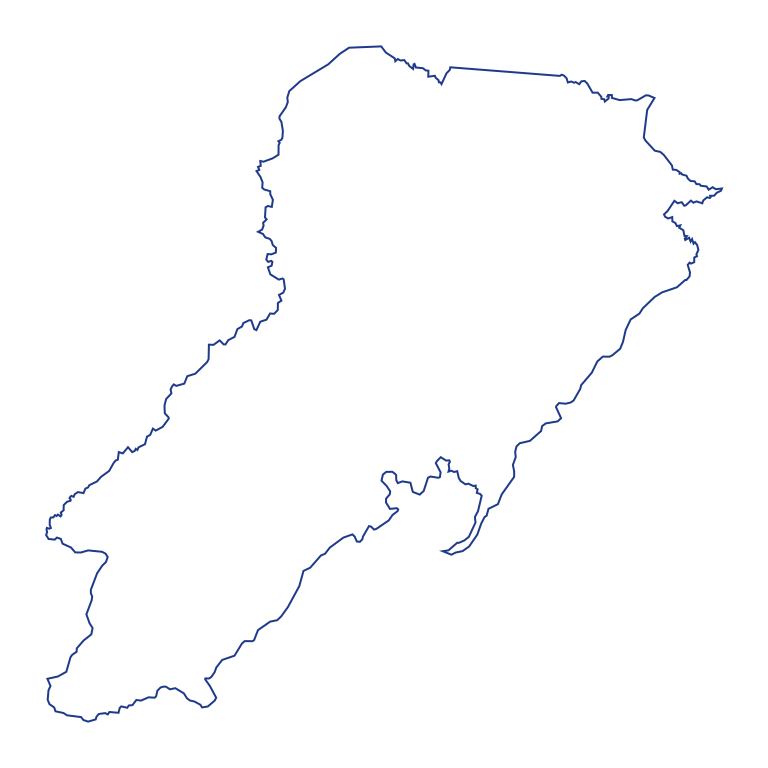 Norosi, Bolívar, Colombia
{"feature_id": "7082276B10852217630154", "entity_name": "Norosi", "entity_type": "district", "adm_level": 2, "iso_a3": "COL", "parent_name": "Colombia", "parent_adm1": "Bolívar", "projection": "natural_earth1", "projection_center": [-74.124, 8.493], "detail": "fine", "context": "isolated", "style": "outline", "palette": "blue", "viewbox_px": 768, "rotation_deg": 0, "n_neighbors": 0, "source": "geoboundaries", "source_scale": "gbopen_adm2", "svg_char_len": 5994}
<svg xmlns="http://www.w3.org/2000/svg" viewBox="0 0 768 768"><path d="M47.4,678.8L50.5,686.0L48.5,690.3L47.7,699.8L49.5,704.2L54.2,707.4L55.5,711.3L63.5,713.0L67.0,715.3L81.1,717.1L83.4,720.0L88.1,721.6L95.7,719.4L96.5,716.7L98.8,714.0L105.1,713.1L107.8,714.4L109.4,712.0L118.5,712.8L119.7,708.0L121.3,706.4L127.2,707.8L128.8,705.5L132.5,705.1L136.3,700.0L141.0,700.6L148.6,697.3L154.6,697.7L156.1,696.3L157.4,690.7L160.7,687.4L163.7,686.6L166.0,686.7L169.9,689.3L175.3,688.2L183.8,693.3L187.0,698.3L189.9,700.5L194.4,701.5L200.3,704.7L202.1,707.4L207.8,706.5L214.7,700.6L216.2,697.7L209.9,686.0L205.2,679.4L205.4,678.4L209.0,678.5L211.3,677.0L214.6,672.2L216.3,667.5L222.2,659.9L234.5,655.7L241.9,643.6L244.7,641.1L252.5,641.2L254.1,640.1L258.0,630.1L270.2,621.6L277.2,620.2L281.2,616.4L287.9,607.1L299.3,586.1L303.5,570.9L310.2,567.7L321.0,555.4L325.0,553.8L329.8,547.6L343.4,537.6L352.4,534.4L354.7,536.6L356.8,541.5L359.9,541.8L362.4,539.2L363.0,536.5L369.0,526.1L371.0,526.6L374.1,529.6L376.3,528.9L388.8,520.4L392.5,515.0L397.6,511.1L398.2,509.4L396.9,508.2L390.0,508.9L386.0,502.5L386.1,498.6L389.8,494.3L390.2,491.4L386.6,485.9L381.5,480.7L382.9,474.6L386.2,471.9L392.3,471.8L395.0,473.8L396.1,475.0L396.3,480.2L397.8,483.1L402.3,481.4L410.4,482.7L412.8,491.9L419.7,494.6L423.7,491.0L428.0,477.7L430.5,476.5L438.3,477.8L439.9,477.1L440.6,472.3L435.8,463.1L437.1,460.9L440.8,457.2L446.1,460.6L449.3,460.3L449.9,461.7L448.6,464.4L449.3,468.6L448.5,471.6L451.4,470.7L454.0,472.0L457.2,471.2L458.8,478.0L460.6,481.0L465.4,484.3L468.5,483.7L473.2,486.0L475.7,485.6L475.7,488.1L477.6,489.3L476.8,492.9L480.0,493.9L481.7,495.7L478.0,511.2L474.9,517.0L475.5,522.5L468.9,536.8L464.4,540.4L458.8,542.9L457.3,542.7L448.5,550.3L442.8,551.2L451.4,554.7L455.8,552.5L462.6,551.1L469.1,546.5L477.3,534.6L481.3,523.4L484.6,517.0L486.6,515.7L488.5,508.8L497.9,504.2L501.7,494.4L514.1,476.9L514.2,471.5L512.9,464.9L515.7,457.2L515.2,451.7L516.5,446.4L519.8,443.2L529.9,440.9L541.1,431.0L542.1,426.1L545.8,423.4L557.6,421.4L561.1,418.2L556.0,407.1L556.4,406.0L559.0,403.1L565.7,403.7L570.7,402.5L573.6,400.5L580.2,389.0L581.2,385.1L591.8,372.7L597.3,361.5L602.8,356.6L609.5,356.7L612.3,355.3L620.2,348.7L623.0,341.8L625.7,329.9L630.7,319.4L639.4,313.6L642.9,308.2L654.6,297.0L662.2,292.3L676.9,287.3L685.2,280.0L686.5,280.0L689.6,276.3L690.0,272.4L687.7,264.9L689.6,262.6L691.0,263.6L694.2,262.2L694.3,257.5L697.0,256.2L696.4,254.3L698.4,249.9L697.2,245.1L695.0,242.2L693.6,243.7L692.1,239.1L690.6,241.6L689.1,237.7L685.3,240.0L684.8,238.6L686.8,236.1L684.4,235.8L683.4,230.3L679.2,227.7L680.3,225.4L676.9,226.1L675.4,223.0L672.4,221.4L672.2,217.1L668.1,218.5L665.1,216.7L664.0,214.4L667.5,211.1L674.4,200.8L677.6,203.2L681.7,202.2L684.2,205.7L685.7,205.4L690.9,200.6L693.5,202.7L696.4,201.4L702.3,203.3L703.2,200.5L707.1,197.3L709.7,198.0L710.7,197.0L710.2,195.8L714.1,195.7L716.7,192.8L721.0,190.7L721.9,188.5L715.6,189.2L712.7,187.2L708.7,189.7L706.7,186.5L700.7,185.7L699.5,184.2L696.4,184.1L694.6,181.3L690.6,181.0L687.9,178.6L686.5,175.7L682.1,174.5L681.2,173.2L679.6,173.7L679.5,172.0L676.2,169.9L672.8,169.6L671.9,165.4L663.8,154.9L660.3,151.9L654.8,150.7L645.3,140.4L643.8,137.4L647.2,109.9L654.5,98.0L648.7,95.5L645.9,95.3L637.3,100.3L635.4,100.5L631.3,99.1L619.7,100.1L611.9,97.9L611.9,95.1L608.1,95.0L607.4,96.4L608.7,96.3L608.6,98.5L604.8,101.5L604.3,99.3L601.4,98.8L601.3,96.8L597.8,92.7L592.6,92.7L587.2,83.4L584.7,81.0L581.4,81.3L579.3,84.2L575.7,82.1L574.0,82.7L571.1,81.5L567.9,82.5L566.6,78.3L564.1,75.7L561.7,74.7L559.9,75.9L450.3,67.3L449.8,69.9L446.5,73.3L441.5,84.1L440.5,82.4L438.9,82.3L438.6,80.3L435.5,77.6L434.9,75.8L428.3,76.7L428.4,70.7L425.7,70.4L422.9,68.2L415.9,67.5L414.5,63.9L413.6,64.4L413.1,68.9L409.2,65.9L408.0,63.4L406.6,63.4L404.3,60.1L400.5,60.5L397.8,59.0L395.3,61.2L394.8,58.4L385.8,52.5L381.2,46.4L349.1,47.7L339.7,53.9L328.3,64.3L300.4,81.1L289.3,91.1L287.3,97.6L287.8,102.0L285.9,107.2L279.6,116.2L279.4,118.6L281.4,121.9L282.9,130.9L282.4,137.8L281.2,139.9L278.4,141.2L279.7,142.8L278.6,145.2L278.5,154.7L272.5,158.4L263.5,161.7L260.3,161.0L260.7,165.9L258.0,166.9L259.3,169.9L256.5,171.1L260.4,176.8L262.6,182.4L262.2,187.8L264.2,189.5L270.2,191.2L270.3,194.3L272.9,199.8L271.8,206.9L267.8,206.0L265.6,207.3L265.0,217.4L266.6,219.4L263.1,222.8L263.6,225.6L262.1,229.6L258.1,231.8L263.0,234.0L265.3,237.4L269.8,238.9L271.6,241.1L272.8,245.1L276.1,247.9L275.8,252.6L271.4,254.3L267.6,254.1L266.3,259.6L268.2,261.9L271.3,260.9L272.4,261.9L271.6,265.7L267.9,267.3L270.4,274.4L278.8,279.6L282.4,278.5L283.7,279.4L285.0,288.8L283.2,292.7L279.0,294.9L281.4,300.6L277.9,303.0L277.8,310.0L274.1,313.8L270.1,313.5L266.4,319.7L260.3,321.7L256.4,330.1L254.3,329.2L251.3,320.4L249.3,320.2L243.3,323.1L242.0,326.5L237.4,329.1L234.5,336.9L228.3,340.1L225.5,344.4L223.7,344.4L219.6,340.4L213.6,344.8L208.9,344.7L208.6,359.2L207.1,362.1L195.3,373.7L187.3,376.2L184.3,383.6L176.2,385.9L173.8,384.4L172.2,386.2L170.6,389.5L171.4,393.4L166.1,399.1L164.5,405.6L164.8,413.3L168.6,417.4L168.7,418.7L162.7,426.8L155.7,430.6L152.9,428.6L150.2,434.9L147.0,436.6L145.0,444.2L138.6,447.3L137.4,450.0L135.8,448.8L134.7,450.9L132.2,452.1L128.0,447.2L122.8,453.4L118.8,452.1L117.8,459.7L115.6,460.5L113.5,463.2L109.2,470.9L101.2,476.7L96.9,481.5L89.3,485.2L88.1,487.4L85.4,488.6L83.5,493.1L77.9,492.1L74.8,494.1L73.6,496.8L71.5,495.9L70.3,496.8L69.5,498.2L70.7,499.5L70.5,500.8L67.1,501.7L63.7,505.1L63.6,510.3L60.8,512.5L61.6,514.8L60.6,516.4L57.9,514.6L56.6,516.0L55.0,515.1L53.3,517.4L50.8,517.5L49.8,519.6L49.7,524.9L50.9,528.0L49.2,528.7L46.9,527.9L46.5,529.4L47.1,532.2L46.1,535.0L48.6,539.0L54.8,539.6L56.9,537.6L60.8,538.9L62.6,543.7L71.0,547.5L75.2,552.4L80.9,552.5L88.2,550.4L102.1,551.8L105.6,553.7L107.7,557.0L105.9,562.1L102.2,565.7L97.1,573.3L90.8,589.9L90.9,593.4L92.2,596.5L91.7,600.2L86.4,614.3L89.5,623.1L92.6,628.1L91.3,634.4L83.7,640.4L76.8,648.3L76.6,651.8L72.3,654.7L70.5,657.2L66.3,671.8L57.9,676.5L47.4,678.8Z" fill="none" stroke="#1e3a8a" stroke-width="2"/></svg>